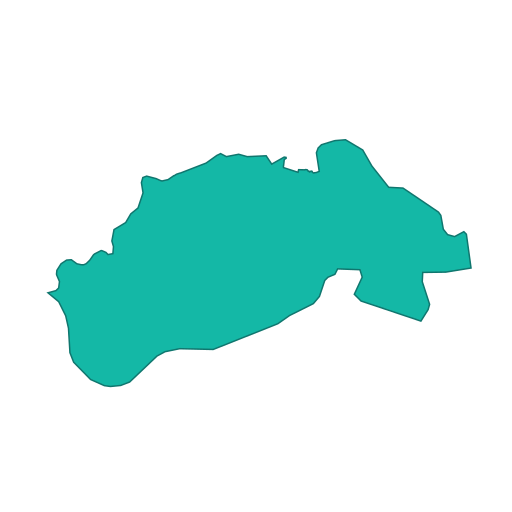 the district of Limerick City North Lea-7, Clare, Ireland, rotated 351°
{"feature_id": "5873133B71721430029846", "entity_name": "Limerick City North Lea-7", "entity_type": "district", "adm_level": 2, "iso_a3": "IRL", "parent_name": "Ireland", "parent_adm1": "Clare", "projection": "albers", "projection_center": [-8.651, 52.672], "detail": "fine", "context": "isolated", "style": "filled", "palette": "teal", "viewbox_px": 512, "rotation_deg": 351, "n_neighbors": 0, "source": "geoboundaries", "source_scale": "gbopen_adm2", "svg_char_len": 1955}
<svg xmlns="http://www.w3.org/2000/svg" viewBox="0 0 512 512"><g transform="rotate(351 256 256)"><path d="M44.8,259.8L54.0,270.3L58.7,285.3L59.5,298.0L57.1,322.4L59.3,332.4L73.3,352.1L85.9,360.3L91.8,362.1L102.1,362.7L111.5,360.7L142.6,339.3L151.1,336.3L166.1,335.6L199.1,341.6L267.0,326.3L279.9,320.0L305.2,312.0L312.3,305.9L320.1,290.9L323.8,288.2L331.1,286.4L334.6,281.5L356.5,285.8L357.6,293.5L347.1,309.2L352.7,316.9L408.7,346.1L417.6,335.9L419.9,330.9L416.2,307.4L418.1,298.3L441.0,301.6L466.5,301.5L467.2,267.4L465.1,264.5L455.2,267.9L448.6,264.9L445.2,258.9L444.9,244.8L443.1,241.2L411.8,211.9L397.8,208.9L384.5,185.2L378.0,168.0L362.6,155.2L352.3,154.4L350.9,154.5L338.1,156.3L334.3,159.0L331.8,163.5L331.7,182.3L328.6,183.0L326.5,182.9L326.2,183.1L325.6,182.9L324.6,181.8L324.6,181.6L324.7,181.3L324.7,181.2L324.2,180.9L323.9,180.8L323.5,180.8L323.1,180.9L323.0,181.0L322.9,181.1L322.7,181.2L322.3,181.3L322.1,181.4L321.8,181.1L321.7,181.0L321.5,180.4L320.9,180.5L320.8,180.4L320.5,179.6L320.1,178.9L318.7,178.4L317.5,178.5L311.6,177.4L310.6,179.9L297.0,173.0L297.1,171.8L297.2,171.4L297.4,171.0L299.0,165.2L299.7,164.9L300.0,164.7L300.2,164.4L300.4,164.3L300.6,164.3L301.0,164.3L301.1,164.0L301.1,163.6L301.1,163.3L299.3,162.7L285.9,167.7L281.7,158.6L262.9,156.5L254.8,152.8L242.3,153.2L237.0,149.3L235.6,149.8L233.1,150.5L221.3,156.4L194.5,162.2L193.1,162.3L192.7,162.4L190.2,162.8L187.8,163.9L187.4,163.8L181.1,166.8L174.9,167.2L173.4,166.5L169.4,163.9L160.5,160.0L156.5,160.8L154.3,165.6L154.3,176.0L147.0,190.1L138.9,194.8L132.5,202.6L119.9,207.7L116.0,218.6L116.7,224.4L115.0,231.3L110.3,231.4L110.0,231.4L108.4,229.0L105.6,227.2L105.0,226.9L104.8,226.7L103.9,226.4L96.9,228.7L96.4,229.0L95.7,229.4L91.2,234.1L87.4,236.8L86.6,237.2L84.3,237.7L82.1,237.3L77.9,235.7L73.0,230.8L68.3,230.4L62.2,233.2L57.1,239.0L56.2,242.3L56.1,243.3L57.9,250.5L56.1,256.7L53.0,258.9L44.8,259.8Z" fill="#14b8a6" stroke="#0f766e" stroke-width="1.5"/></g></svg>